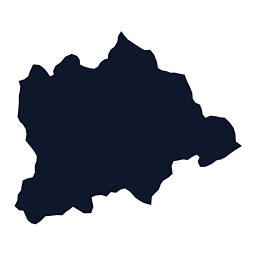 Cristiano Otoni, Minas Gerais, Brazil (Robinson projection)
{"feature_id": "56859067B84978777244329", "entity_name": "Cristiano Otoni", "entity_type": "district", "adm_level": 2, "iso_a3": "BRA", "parent_name": "Brazil", "parent_adm1": "Minas Gerais", "projection": "robinson", "projection_center": [-43.825, -20.834], "detail": "fine", "context": "isolated", "style": "filled", "palette": "ink", "viewbox_px": 256, "rotation_deg": 0, "n_neighbors": 0, "source": "geoboundaries", "source_scale": "gbopen_adm2", "svg_char_len": 1763}
<svg xmlns="http://www.w3.org/2000/svg" viewBox="0 0 256 256"><path d="M240.6,145.9L235.1,141.9L234.7,134.3L233.0,128.3L229.2,123.0L224.6,118.5L219.6,118.0L215.8,117.0L210.5,116.5L205.1,118.8L201.9,114.6L201.2,110.1L199.3,105.2L194.9,103.3L192.0,99.1L191.5,92.9L189.4,87.6L186.2,81.1L184.1,75.4L178.8,74.3L174.7,73.4L170.4,73.5L166.7,72.0L161.7,71.1L157.2,68.4L156.3,62.3L153.6,55.2L149.8,50.6L144.5,51.0L139.0,47.8L133.6,44.2L127.5,40.2L123.7,35.8L121.2,32.5L118.9,36.3L118.1,41.9L115.1,47.2L111.2,50.1L108.9,54.7L108.5,59.3L104.7,60.1L101.1,62.8L98.5,67.3L94.4,69.6L89.5,68.9L84.3,67.4L79.3,65.0L79.0,60.1L76.6,56.6L71.7,54.7L65.8,57.3L61.0,63.1L56.2,66.2L53.9,70.9L54.5,75.2L49.8,77.4L46.4,72.3L43.3,68.7L39.1,65.7L33.6,65.2L30.6,71.5L28.9,76.7L24.5,80.1L19.6,81.5L21.1,86.2L20.6,91.1L19.6,95.5L19.6,102.9L19.0,110.4L18.3,116.8L20.6,121.4L23.8,124.4L26.7,129.4L27.2,134.4L26.3,140.2L30.4,145.3L34.6,150.5L37.5,155.8L37.4,160.5L35.5,165.9L35.7,172.8L33.2,177.9L27.8,179.1L23.4,181.0L22.5,185.4L21.7,190.8L18.5,194.9L18.1,200.6L15.4,206.0L19.6,209.6L24.0,209.9L25.9,214.8L28.2,219.6L31.7,222.6L35.5,223.5L39.9,220.7L45.1,215.5L51.3,215.0L56.4,214.3L62.0,214.5L65.8,211.0L69.3,208.8L72.8,205.7L78.0,208.8L84.2,212.6L90.7,212.3L92.6,206.5L91.4,201.0L90.7,196.7L95.6,194.8L101.5,194.2L106.3,195.7L110.5,191.3L115.9,192.0L120.1,188.9L125.1,187.6L130.3,190.8L135.6,196.9L140.2,200.1L144.1,202.3L150.5,204.0L151.1,196.4L154.3,192.9L158.2,189.1L160.0,184.0L162.7,180.1L168.0,176.9L171.8,173.5L170.8,166.1L172.8,160.6L177.5,159.8L182.6,158.6L187.5,159.2L192.0,156.1L196.8,153.7L200.5,156.9L198.5,161.7L200.6,166.1L205.1,166.1L211.6,163.2L215.9,159.8L221.1,158.6L225.5,156.3L229.8,152.9L234.5,149.7L240.6,145.9Z" fill="#0f172a" stroke="#020617" stroke-width="1.5"/></svg>